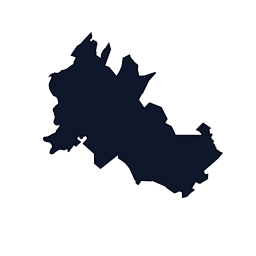 the district of Tlapehuala, Guerrero, Mexico, rotated 32°
{"feature_id": "50627088B3724997365997", "entity_name": "Tlapehuala", "entity_type": "district", "adm_level": 2, "iso_a3": "MEX", "parent_name": "Mexico", "parent_adm1": "Guerrero", "projection": "natural_earth1", "projection_center": [-100.475, 18.277], "detail": "fine", "context": "isolated", "style": "filled", "palette": "ink", "viewbox_px": 256, "rotation_deg": 32, "n_neighbors": 0, "source": "geoboundaries", "source_scale": "gbopen_adm2", "svg_char_len": 5310}
<svg xmlns="http://www.w3.org/2000/svg" viewBox="0 0 256 256"><g transform="rotate(32 128 128)"><path d="M211.0,157.7L213.8,154.9L215.0,149.7L216.6,145.7L213.6,145.7L213.5,144.4L213.4,138.6L213.3,137.2L217.0,137.0L217.5,136.9L218.3,136.5L218.7,135.5L218.8,135.4L218.9,135.2L219.2,134.3L220.1,132.6L220.2,132.4L221.5,130.4L221.8,129.8L221.8,128.0L221.1,127.5L220.1,125.3L219.0,126.6L218.8,126.9L217.4,126.6L217.2,126.5L216.5,126.3L216.3,126.1L215.9,125.7L215.6,125.5L214.3,124.5L214.4,124.2L214.8,122.8L215.3,121.4L215.5,120.8L215.7,119.9L217.1,115.7L217.2,115.4L217.8,113.2L218.5,111.5L218.7,110.3L218.9,109.6L219.1,108.9L219.5,107.6L219.6,107.2L220.0,106.3L220.0,106.0L220.0,105.6L220.4,102.8L220.8,100.4L220.9,99.6L218.5,100.1L217.1,99.8L217.0,99.6L214.6,99.9L214.5,99.7L213.5,99.7L212.9,98.4L211.8,98.3L211.1,98.4L211.1,97.7L210.7,97.6L210.4,96.7L210.1,96.7L209.7,96.8L208.2,96.4L207.4,95.0L207.2,93.9L205.3,94.1L204.8,93.1L203.2,93.3L202.8,92.0L202.6,88.7L202.4,89.3L202.3,89.1L202.2,89.0L201.5,89.4L201.0,90.1L200.4,90.4L199.8,90.2L199.7,89.9L199.2,88.8L198.7,88.0L198.0,87.7L197.4,87.3L197.2,86.9L197.3,85.9L197.6,84.7L189.3,84.3L187.3,92.9L190.0,92.5L191.5,92.8L193.5,93.5L195.3,95.0L185.4,101.0L171.8,109.5L171.3,109.0L170.7,108.4L164.0,104.1L157.4,104.5L156.2,104.6L156.1,99.7L145.2,93.2L133.1,95.5L131.5,103.1L121.7,98.6L121.0,91.2L121.6,91.0L120.9,83.5L120.8,82.9L120.7,82.1L120.1,76.4L122.0,66.4L114.5,75.5L109.7,78.7L105.2,74.0L104.9,73.7L102.9,69.8L99.3,69.4L92.6,67.3L90.7,65.5L87.1,71.4L88.5,74.3L90.5,78.8L91.3,84.3L91.4,90.8L79.6,86.9L75.1,88.0L71.3,70.7L68.9,68.4L68.5,68.1L67.1,66.8L67.0,72.0L66.4,74.5L66.3,76.7L66.7,79.2L66.7,79.4L66.8,79.9L67.1,80.5L67.3,80.8L68.8,82.7L68.2,83.8L61.8,83.6L61.1,81.6L59.9,80.4L59.1,79.3L57.7,75.7L57.4,74.6L56.6,72.9L55.5,72.1L52.2,72.2L51.4,74.8L49.5,75.5L48.1,72.1L49.1,71.6L48.4,69.4L46.4,67.4L43.7,81.9L42.6,84.2L41.9,85.5L41.9,87.1L41.5,96.1L47.0,94.9L47.4,98.2L47.5,100.8L48.7,102.2L46.2,107.7L46.0,108.7L45.5,111.0L45.1,110.5L43.5,112.9L42.5,113.9L41.7,114.3L41.6,114.8L41.1,116.8L40.1,118.4L39.9,119.1L36.8,120.4L34.6,123.6L34.2,124.3L34.2,124.8L34.5,124.3L34.7,124.2L35.3,124.3L36.0,124.6L36.4,124.8L36.8,125.1L37.0,125.4L37.2,126.0L37.4,126.6L37.5,127.0L37.4,127.5L37.4,128.0L37.4,128.5L37.6,129.2L37.7,130.1L37.8,131.0L38.1,131.7L38.2,132.4L38.6,133.4L39.4,134.1L40.5,135.4L41.3,136.1L42.5,137.0L43.7,137.7L44.4,138.1L45.4,138.5L45.9,138.8L46.3,139.0L47.1,139.4L47.9,139.5L48.1,139.5L48.7,139.4L49.4,139.2L50.1,139.2L50.5,139.2L51.1,139.2L51.8,139.4L52.3,139.7L53.0,140.2L53.6,140.6L54.1,141.0L54.5,141.5L55.1,142.2L55.6,142.7L55.8,143.0L56.0,143.2L56.3,143.8L56.5,144.3L56.6,144.7L56.5,145.0L56.3,145.5L55.9,146.1L55.5,147.3L55.2,148.9L55.0,150.1L54.9,150.8L54.9,151.3L55.1,151.8L55.3,152.3L55.7,152.8L56.1,153.1L56.3,153.2L57.3,153.8L58.1,154.5L59.1,155.6L59.9,156.2L60.5,156.8L60.8,157.2L61.1,158.1L61.4,158.8L61.7,160.0L62.0,161.5L62.3,162.2L62.5,162.4L63.5,162.9L64.2,163.2L64.6,163.3L65.1,163.2L66.1,162.9L66.6,162.3L67.1,161.7L67.4,161.2L67.7,161.0L68.0,160.8L68.5,160.8L68.9,161.0L69.2,161.4L69.2,161.7L69.2,162.0L69.4,162.7L69.4,163.3L69.5,164.0L69.5,164.4L69.5,164.8L69.5,165.3L69.4,166.0L69.2,167.1L69.2,168.3L69.6,170.4L67.3,173.7L66.5,175.5L64.4,178.8L63.1,179.6L62.5,180.0L62.2,180.3L62.0,180.9L62.0,181.2L62.0,181.5L62.1,181.8L62.5,182.2L63.0,182.5L63.4,182.8L64.1,182.8L64.8,182.7L65.4,182.6L66.2,182.3L66.9,182.0L67.6,181.8L68.5,181.1L69.5,181.1L72.2,182.0L73.8,183.0L73.7,183.4L73.8,183.5L74.2,183.6L74.3,184.1L74.4,184.4L74.4,185.3L74.2,186.2L74.3,187.0L74.4,187.8L74.6,188.6L74.8,189.2L74.9,189.7L75.2,190.2L75.5,190.3L75.7,190.5L76.1,190.4L76.4,190.4L76.9,190.2L77.1,189.9L77.5,189.5L77.9,188.9L78.3,188.3L78.3,187.9L78.3,187.7L78.5,186.8L78.9,185.9L79.8,184.1L80.3,183.1L80.9,182.3L81.2,181.9L81.5,181.7L82.3,181.4L82.8,181.1L83.1,181.0L83.3,180.9L83.9,180.6L84.3,180.5L84.7,180.4L85.2,180.3L85.4,180.1L85.9,179.4L86.0,178.9L86.2,178.4L86.6,178.0L87.1,177.8L87.3,177.7L87.7,177.5L87.8,177.5L88.3,177.7L88.7,177.9L89.0,178.2L89.0,178.4L89.1,178.6L89.4,179.0L89.5,179.1L89.8,179.2L89.9,178.9L89.9,178.6L90.0,178.2L90.1,177.6L90.1,177.0L90.0,176.9L90.0,176.2L90.2,175.4L90.1,174.9L90.3,174.8L90.3,174.6L90.3,174.4L90.4,174.0L90.5,173.8L90.5,173.6L90.4,173.2L90.3,172.9L90.3,172.2L90.3,171.7L90.6,171.5L90.6,171.1L90.8,170.7L91.0,170.3L92.4,170.6L92.9,170.7L93.4,170.7L93.6,170.4L93.5,169.7L93.6,169.1L93.7,168.8L93.8,168.5L94.0,168.2L94.1,167.7L94.3,167.4L94.4,166.6L94.6,165.9L94.8,165.4L94.5,165.3L94.5,165.2L94.4,165.2L93.5,165.1L92.4,165.2L91.9,165.2L90.9,164.8L90.8,164.7L89.2,164.1L89.9,162.2L90.2,160.6L90.9,160.6L91.5,160.6L92.0,160.6L92.5,161.1L92.9,161.3L93.0,161.7L94.0,161.5L94.3,161.0L94.4,160.9L94.2,159.3L94.4,158.7L94.6,158.3L94.9,158.1L95.8,156.9L96.5,156.4L97.1,156.6L97.4,156.8L98.2,157.3L98.3,157.4L99.7,158.4L98.6,164.0L98.6,164.8L102.8,165.5L113.2,167.2L118.5,175.5L125.9,176.6L132.9,156.8L133.5,154.9L135.2,157.0L135.6,157.8L136.0,158.1L136.4,158.3L136.8,158.4L137.1,158.3L137.4,158.3L144.3,158.7L150.8,160.9L161.1,167.8L164.0,168.7L163.8,169.9L165.6,170.4L166.0,170.4L166.3,170.4L166.7,168.6L166.4,165.5L175.2,160.6L176.4,159.3L190.3,157.2L193.5,157.8L201.7,158.2L203.4,155.9L204.6,153.8L205.4,153.8L208.3,153.2L208.3,153.3L211.0,157.7Z" fill="#0f172a" stroke="#020617" stroke-width="1.5"/></g></svg>